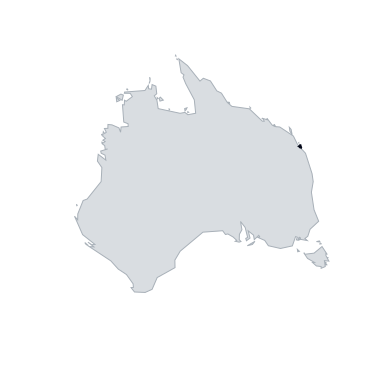 location of Redland, Queensland, Australia, rotated 332°
{"feature_id": "25037944B35450059513963", "entity_name": "Redland", "entity_type": "district", "adm_level": 2, "iso_a3": "AUS", "parent_name": "Australia", "parent_adm1": "Queensland", "projection": "equal_earth", "projection_center": [153.338, -27.564], "detail": "fine", "context": "in_parent", "style": "filled", "palette": "ink", "viewbox_px": 384, "rotation_deg": 332, "n_neighbors": 0, "source": "geoboundaries", "source_scale": "gbopen_adm2", "svg_char_len": 5155}
<svg xmlns="http://www.w3.org/2000/svg" viewBox="0 0 384 384"><g transform="rotate(332 192 192)"><path d="M247.4,78.4L251.1,97.8L255.4,96.9L260.4,102.6L261.4,114.4L264.4,118.5L265.2,129.4L267.4,135.1L281.7,145.5L287.4,162.6L289.0,163.4L289.2,160.4L292.3,163.5L292.8,162.0L294.2,170.6L296.0,173.2L300.0,175.8L307.8,190.2L307.5,199.7L310.4,211.1L306.6,232.2L303.9,239.7L297.3,248.3L291.4,265.0L290.1,277.3L278.8,280.3L273.4,285.5L269.9,286.0L271.0,289.0L265.4,284.6L266.2,283.6L265.8,282.5L264.8,282.5L263.0,284.4L261.6,283.2L263.8,281.4L262.5,280.0L255.3,286.7L243.6,283.4L234.2,275.3L233.5,268.9L228.9,263.1L230.7,263.3L230.6,261.6L224.6,263.3L226.1,259.0L223.4,252.7L221.6,259.9L217.2,260.6L217.7,258.2L219.8,258.2L222.3,248.3L221.0,240.8L218.4,248.7L214.0,251.6L211.3,256.3L212.0,258.7L210.1,258.4L207.0,255.8L208.8,255.7L207.2,251.1L204.0,245.9L201.6,245.2L200.9,240.6L182.8,232.6L153.8,238.7L144.9,244.1L141.5,250.8L121.1,251.2L111.1,259.2L103.5,258.7L94.3,253.3L93.3,247.8L95.5,248.7L96.9,245.4L95.4,234.1L90.7,225.5L88.0,214.7L75.6,191.9L79.6,194.4L76.6,187.4L78.7,191.5L81.7,192.7L75.4,178.3L76.9,158.2L78.0,162.9L80.9,157.7L91.9,148.4L96.1,149.0L116.7,140.1L123.9,128.1L123.0,120.3L126.9,114.7L130.9,123.4L132.5,118.6L130.0,115.1L130.6,113.0L137.7,114.4L135.4,113.6L136.7,110.1L135.3,107.1L139.0,106.7L137.6,104.4L140.7,104.1L139.4,100.8L142.0,97.1L142.3,99.3L144.4,99.0L144.5,94.8L147.6,96.3L149.5,92.9L152.9,95.2L157.6,101.1L157.0,105.7L159.9,101.3L166.4,104.2L167.6,101.7L164.6,98.2L171.6,82.3L173.1,83.3L175.5,79.3L176.5,81.0L184.1,79.8L183.8,75.9L178.6,73.1L179.4,72.1L198.1,80.3L203.5,77.3L202.2,80.5L204.5,82.2L207.2,78.4L209.8,81.6L207.0,88.7L203.8,89.4L204.1,94.5L201.3,102.5L218.4,116.9L223.1,118.4L224.6,121.8L232.2,124.2L237.3,111.7L237.3,93.4L238.0,86.4L239.9,84.8L238.4,81.6L242.9,68.2L247.4,78.4ZM262.3,299.9L271.1,303.3L281.2,301.2L282.1,310.7L281.4,309.0L280.4,311.0L280.4,317.3L276.7,314.7L274.6,320.4L270.2,320.0L271.0,318.4L267.1,315.7L265.3,310.8L267.1,311.7L262.8,304.9L262.3,299.9ZM169.8,72.2L175.2,72.2L176.9,74.2L173.4,78.2L169.8,72.2ZM215.6,265.4L224.4,265.1L220.7,266.7L215.6,265.4ZM208.6,93.4L209.8,97.4L206.4,96.7L206.9,93.9L208.6,93.4ZM307.3,188.5L307.0,184.2L308.3,180.6L308.9,183.2L307.3,188.5ZM278.6,294.2L281.5,295.0L281.6,296.3L278.6,294.2ZM169.3,73.4L171.3,77.3L167.9,77.0L169.3,73.4ZM259.0,294.8L257.3,294.4L258.1,292.1L259.0,294.8ZM227.1,115.3L225.5,116.5L223.9,117.1L224.7,114.9L227.1,115.3ZM75.4,190.9L73.9,188.8L73.6,186.8L73.8,186.7L75.4,190.9ZM281.0,297.7L282.2,298.6L280.0,297.8L281.0,297.7ZM295.3,171.2L296.5,171.2L296.5,173.1L295.3,171.2ZM265.6,129.3L267.1,130.4L266.9,131.1L265.6,129.3ZM276.7,318.1L276.9,319.6L275.8,319.2L276.7,318.1ZM309.4,201.4L309.5,203.7L309.3,203.7L309.4,201.4ZM183.4,72.0L182.5,70.9L183.1,70.4L183.4,72.0ZM208.3,72.2L207.1,74.2L208.5,70.7L208.3,72.2ZM309.5,198.5L309.0,199.3L309.3,198.5L309.5,198.5ZM211.1,108.4L210.4,108.8L210.8,107.9L211.1,108.4ZM206.0,93.3L205.1,93.5L205.6,92.3L206.0,93.3ZM84.4,148.5L84.2,150.1L83.8,150.0L84.4,148.5ZM241.3,67.3L241.3,68.7L240.9,67.7L241.3,67.3ZM264.8,283.1L265.0,283.8L264.7,283.6L264.8,283.1ZM206.7,74.8L205.0,76.1L206.8,74.4L206.7,74.8ZM139.5,98.8L138.9,99.8L139.2,98.7L139.5,98.8ZM277.3,317.0L276.7,317.3L277.0,316.7L277.3,317.0ZM226.5,120.0L225.5,119.9L226.0,119.1L226.5,120.0ZM136.2,106.0L135.8,106.5L135.7,105.2L136.2,106.0ZM281.3,313.8L280.6,314.2L280.8,313.4L281.3,313.8ZM241.8,63.6L241.7,64.5L241.2,64.1L241.8,63.6ZM264.4,284.1L265.2,284.8L263.9,284.6L264.4,284.1ZM283.3,145.4L282.7,145.5L283.0,144.4L283.3,145.4ZM288.7,160.3L288.4,160.3L288.6,159.5L288.7,160.3ZM262.6,298.7L262.5,299.3L262.2,298.6L262.6,298.7Z" fill="#d9dde1" stroke="#a8b0b8" stroke-width="1"/><path d="M309.4,201.3L309.4,201.6L309.3,201.9L309.2,201.9L309.2,202.0L309.2,202.3L309.2,202.5L309.2,202.8L309.2,203.0L309.3,203.2L309.1,203.4L309.1,203.5L309.2,203.8L309.3,204.0L309.3,203.9L309.3,204.0L309.4,203.9L309.5,203.9L309.5,203.7L309.5,203.4L309.6,203.0L309.6,202.7L309.7,202.3L309.9,201.8L310.0,201.6L309.9,201.5L309.6,201.4L309.5,201.2L309.4,201.3ZM307.9,202.9L307.9,203.0L308.0,203.2L308.2,203.3L308.2,203.2L308.3,203.3L308.5,203.3L308.5,203.5L308.7,203.4L308.6,203.2L308.6,202.9L308.7,202.7L308.5,202.4L308.4,202.4L308.5,202.4L308.5,202.2L308.4,202.2L308.2,202.0L308.2,201.9L308.2,202.0L308.0,201.9L308.0,202.0L307.9,202.0L308.0,202.1L307.9,202.1L308.0,202.2L307.9,202.2L307.9,202.3L307.9,202.5L308.0,202.6L307.9,202.6L307.9,202.8L307.9,202.9ZM309.0,203.7L309.1,203.4L309.2,203.2L309.0,203.3L309.0,203.5L309.0,203.7ZM308.9,202.8L308.9,203.0L309.0,203.1L309.0,202.9L309.0,203.0L309.0,202.9L309.0,203.0L308.9,203.0L308.9,202.9L309.0,202.8L308.9,202.8L308.9,202.7L308.9,202.8ZM308.8,202.2L309.0,202.1L308.9,202.0L308.8,202.2ZM308.7,203.2L308.7,203.3L308.8,203.4L308.8,203.2L308.7,203.1L308.7,203.2ZM308.7,203.5L308.8,203.6L308.7,203.5L308.7,203.5ZM308.9,203.4L308.9,203.5L308.9,203.4ZM308.7,202.7L308.8,202.7L308.7,202.6L308.7,202.7ZM309.0,203.2L308.9,203.1L309.0,203.2L309.0,203.2ZM308.8,203.0L308.8,202.9L308.8,203.0L308.8,202.9L308.8,203.0L308.8,203.0ZM308.7,203.0L308.7,202.9L308.7,203.0Z" fill="#0f172a" stroke="#020617" stroke-width="1.5"/></g></svg>